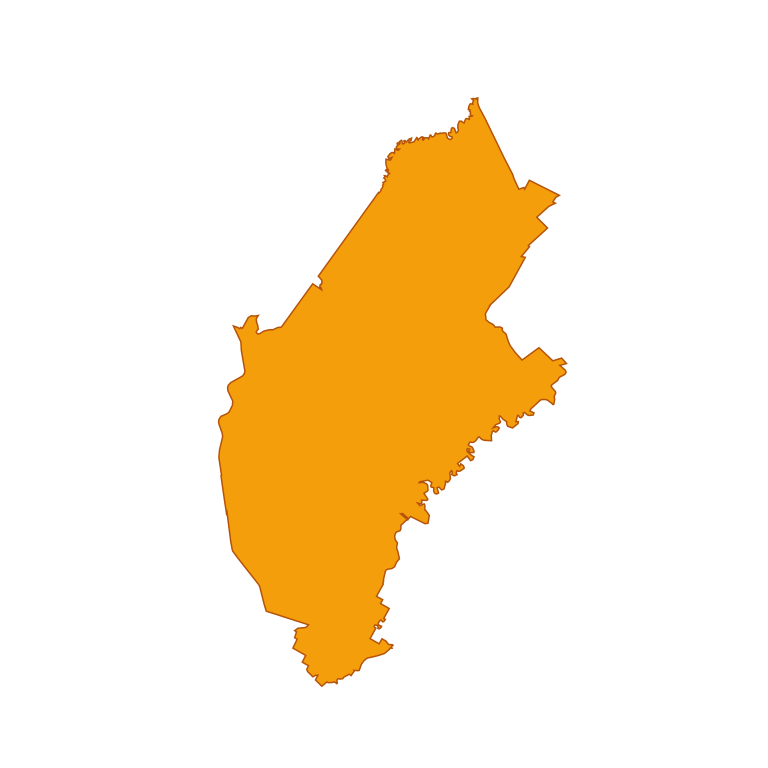 Chinameca, Veracruz, Mexico (Mercator projection), rotated 117°
{"feature_id": "50627088B80676997329582", "entity_name": "Chinameca", "entity_type": "district", "adm_level": 2, "iso_a3": "MEX", "parent_name": "Mexico", "parent_adm1": "Veracruz", "projection": "mercator", "projection_center": [-94.703, 18.06], "detail": "fine", "context": "isolated", "style": "filled", "palette": "amber", "viewbox_px": 768, "rotation_deg": 117, "n_neighbors": 0, "source": "geoboundaries", "source_scale": "gbopen_adm2", "svg_char_len": 6159}
<svg xmlns="http://www.w3.org/2000/svg" viewBox="0 0 768 768"><g transform="rotate(117 384 384)"><path d="M665.3,287.0L663.2,286.6L658.4,283.2L658.8,281.0L652.7,280.1L652.6,280.4L651.3,277.1L650.4,276.1L644.0,276.9L640.0,276.3L637.0,275.1L635.7,274.3L629.4,266.8L625.1,262.4L623.8,261.2L618.0,258.7L616.7,258.8L615.7,256.9L614.9,258.1L614.3,258.2L613.1,257.3L612.4,257.8L614.0,261.8L612.2,265.5L611.9,270.1L617.7,270.4L617.2,280.8L605.2,280.4L605.1,282.0L604.2,282.8L602.7,282.6L602.2,280.4L603.8,278.2L604.5,278.4L604.5,277.7L604.2,277.0L602.2,276.1L601.0,276.2L601.1,279.5L600.5,280.3L599.0,280.6L596.0,280.0L595.7,279.4L596.5,277.0L595.0,276.1L593.1,276.0L593.0,277.8L581.7,277.4L581.2,287.4L576.8,287.2L576.6,294.3L562.7,293.8L561.6,294.7L560.2,294.7L558.1,295.8L550.4,297.7L548.9,297.7L547.2,296.5L545.0,293.3L542.0,291.6L537.0,291.9L532.7,290.9L526.2,296.3L525.5,297.5L523.3,298.8L519.4,299.9L518.0,302.8L516.5,304.2L515.3,305.1L513.2,305.8L511.7,306.0L510.0,305.5L507.4,303.1L505.7,303.1L502.2,304.8L495.5,302.4L494.3,301.3L492.1,310.3L490.9,308.6L493.0,301.0L490.0,300.2L489.8,284.0L488.1,281.6L480.5,284.0L477.7,289.4L477.6,290.5L473.4,292.6L472.6,293.8L476.1,296.8L474.8,300.0L474.3,297.6L473.3,296.4L472.6,296.4L470.5,297.8L468.6,293.6L467.5,292.5L466.7,292.7L463.2,298.8L460.2,296.9L458.9,296.5L454.9,298.8L453.9,299.9L453.6,301.2L453.8,304.5L456.0,307.9L455.0,307.9L449.7,301.1L450.2,296.6L453.6,296.1L454.4,295.2L453.8,292.6L457.1,291.0L458.4,289.1L458.4,288.2L458.0,287.1L456.4,285.9L452.4,289.6L450.9,288.3L452.2,284.5L450.3,282.9L444.6,284.0L442.9,285.1L442.6,285.0L442.7,282.7L440.4,281.8L438.1,281.9L433.3,285.0L431.1,284.8L430.6,284.5L431.3,283.2L433.9,282.6L434.0,280.5L433.5,279.2L431.6,277.8L430.5,279.3L428.3,279.7L427.9,277.9L426.8,276.5L422.6,274.3L420.9,275.9L420.2,279.3L423.0,279.3L421.5,282.4L410.4,277.2L413.0,272.1L411.1,270.5L408.0,270.7L407.8,273.9L406.5,279.1L405.2,280.3L403.8,280.4L403.1,278.0L405.2,278.3L406.2,276.5L404.3,272.9L403.1,273.2L400.6,276.2L400.1,277.3L400.4,280.2L400.0,281.3L396.6,281.0L396.0,278.8L394.9,277.5L393.0,276.5L388.3,275.8L387.9,275.1L389.0,271.7L388.6,269.0L385.7,262.4L381.3,265.0L377.7,265.8L376.0,265.5L376.3,263.1L375.8,262.3L373.5,261.5L370.8,261.3L370.5,263.2L371.3,264.8L373.5,266.8L369.5,265.9L366.2,263.1L364.9,263.0L362.7,265.5L360.1,266.7L359.8,265.7L361.4,261.9L361.9,257.5L363.9,256.6L365.5,254.6L364.8,249.5L358.4,246.6L356.5,247.3L357.8,249.4L351.3,250.8L351.2,249.4L352.0,248.4L352.1,247.1L351.1,246.2L348.4,245.7L346.5,246.8L345.6,245.9L346.5,242.0L346.1,240.2L343.8,236.9L341.6,237.3L341.8,241.8L339.4,241.8L326.8,237.1L324.9,234.0L324.1,231.3L325.1,225.5L325.6,224.3L325.1,223.5L320.2,224.9L317.9,226.7L314.1,226.9L312.9,227.8L310.6,233.5L309.1,234.3L301.8,230.9L298.4,230.8L293.6,227.4L291.0,227.0L289.4,228.7L287.6,235.8L282.9,230.7L280.3,237.5L286.7,244.1L281.3,262.4L300.0,271.9L296.4,281.3L292.6,288.9L289.8,292.4L284.1,298.0L282.7,302.8L280.5,303.9L280.5,306.5L282.9,310.7L281.5,313.6L281.3,318.9L280.5,322.2L275.3,325.6L266.0,325.1L266.0,325.5L240.6,316.6L207.0,315.6L208.1,319.5L195.6,316.7L195.1,318.3L170.8,309.1L166.1,323.6L150.9,317.8L145.1,313.4L145.2,316.2L139.6,315.7L136.3,313.4L136.5,347.0L146.5,347.1L145.4,348.5L149.2,352.3L142.0,361.4L138.8,364.6L128.3,379.2L101.4,414.7L94.6,424.5L91.1,428.1L86.5,430.3L87.4,431.5L88.4,431.2L88.9,433.8L90.1,435.3L90.8,432.8L92.9,432.8L94.4,431.9L95.1,434.3L97.8,434.5L101.0,433.6L100.8,431.8L101.6,432.2L102.3,431.4L102.4,430.3L104.7,429.5L105.2,428.3L105.0,427.0L105.7,427.4L106.9,429.7L109.4,428.1L110.1,431.2L110.8,431.6L115.2,431.2L114.7,434.5L115.7,436.2L119.8,435.8L122.4,434.4L123.8,433.0L126.2,432.8L127.5,433.7L124.3,437.4L124.5,439.5L125.7,439.9L129.7,438.7L130.6,440.4L132.6,439.8L133.3,437.7L133.0,435.3L134.0,434.9L136.2,435.8L136.1,439.0L132.3,442.8L133.2,444.9L134.8,446.7L134.8,447.8L137.1,449.7L136.8,451.7L137.6,452.0L139.8,451.6L141.8,452.9L142.1,453.5L140.9,455.5L141.4,455.9L145.3,455.5L144.8,456.6L146.0,459.4L148.8,459.7L149.0,460.4L147.8,461.0L146.6,460.8L146.2,461.6L146.9,462.8L149.5,464.1L151.2,464.3L151.1,464.8L149.6,466.1L149.5,466.7L154.6,467.2L157.7,470.9L157.3,471.8L156.3,471.7L154.7,470.5L152.4,471.1L154.5,472.9L158.2,474.0L157.6,475.9L158.1,476.6L158.7,476.5L159.9,475.0L161.6,476.0L160.9,477.2L159.0,478.7L159.1,479.3L160.9,480.2L161.6,480.1L162.0,479.1L163.2,479.3L162.2,480.6L163.6,481.6L164.4,481.0L164.7,480.0L167.2,480.7L168.4,479.8L168.4,478.2L167.7,476.8L169.0,477.2L169.5,478.1L169.6,481.0L173.8,479.4L173.6,480.8L174.3,482.3L176.4,483.3L179.7,483.8L180.9,481.9L178.6,479.8L181.7,480.0L182.8,484.3L186.6,482.5L190.7,479.1L190.8,478.5L192.9,479.7L193.3,478.9L191.2,477.7L191.4,477.1L192.0,476.9L193.4,477.5L193.9,477.2L194.1,475.9L193.7,474.7L196.4,475.5L197.9,475.2L197.8,477.4L198.2,478.2L198.8,477.3L200.6,477.7L201.0,475.9L202.6,474.6L205.0,476.5L206.0,475.1L207.6,475.5L209.0,474.5L212.1,475.0L213.4,474.5L216.2,475.1L216.3,475.7L215.1,475.7L318.5,491.6L317.8,491.3L319.7,486.6L322.8,484.9L323.6,485.6L324.6,485.3L324.8,485.9L326.9,485.2L326.9,483.7L328.4,482.3L327.1,493.0L380.0,501.3L381.8,504.2L386.3,507.8L387.4,510.4L391.3,515.0L395.0,517.2L396.7,519.1L396.1,521.3L394.4,521.5L392.3,520.9L389.4,522.9L386.9,525.5L383.8,527.5L380.0,527.1L381.8,529.4L383.6,533.4L386.5,535.1L398.7,535.5L398.7,537.4L400.2,537.6L400.0,539.8L400.7,544.5L411.5,530.6L418.9,526.3L435.8,513.7L437.9,513.2L441.2,513.7L452.3,521.2L456.0,522.2L458.5,521.6L461.1,519.8L467.8,511.1L471.7,509.4L479.3,509.3L481.7,510.4L486.9,514.6L490.2,515.0L492.7,514.3L495.2,512.3L501.3,505.8L504.3,503.8L517.5,500.6L524.4,497.8L539.1,487.3L539.6,487.6L540.3,487.2L555.4,476.6L570.7,465.7L569.3,465.8L594.0,449.0L600.5,444.0L601.7,442.7L605.4,435.3L619.6,404.6L621.1,402.6L635.2,390.3L639.9,385.7L632.8,342.0L636.4,343.1L640.8,349.9L644.3,351.6L644.6,349.4L650.6,348.5L650.8,345.5L660.7,345.3L661.4,330.6L669.0,330.5L669.3,323.4L673.3,323.3L674.9,321.5L677.2,314.5L674.6,312.7L673.5,310.8L678.8,310.7L681.5,302.2L675.5,299.7L675.4,298.1L673.8,295.1L671.9,292.7L672.4,290.0L671.7,289.8L669.4,291.5L668.1,291.4L667.2,290.8L666.9,289.2L665.3,287.0Z" fill="#f59e0b" stroke="#b45309" stroke-width="1.5"/></g></svg>